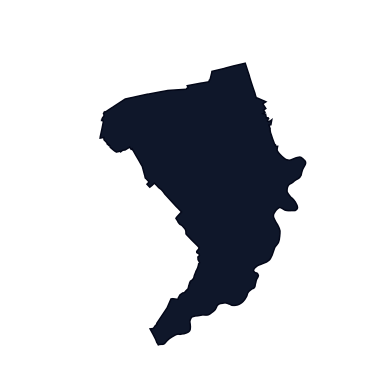 the district of Vista Hermosa, Michoacán, Mexico, rotated 141°
{"feature_id": "50627088B54691877593336", "entity_name": "Vista Hermosa", "entity_type": "district", "adm_level": 2, "iso_a3": "MEX", "parent_name": "Mexico", "parent_adm1": "Michoacán", "projection": "mercator", "projection_center": [-102.458, 20.263], "detail": "fine", "context": "isolated", "style": "filled", "palette": "ink", "viewbox_px": 384, "rotation_deg": 141, "n_neighbors": 0, "source": "geoboundaries", "source_scale": "gbopen_adm2", "svg_char_len": 5842}
<svg xmlns="http://www.w3.org/2000/svg" viewBox="0 0 384 384"><g transform="rotate(141 192 192)"><path d="M96.7,173.6L97.1,173.9L98.1,175.1L98.1,175.7L97.5,176.1L97.7,176.9L97.7,177.3L95.7,183.2L94.8,185.5L93.6,188.8L92.1,191.4L91.5,191.9L90.1,195.6L88.4,194.6L84.6,197.9L86.8,197.9L86.9,198.0L87.1,198.2L88.3,198.5L88.7,199.6L88.6,199.8L86.7,200.9L86.3,200.8L86.1,201.5L86.3,202.0L87.7,202.7L85.8,206.2L86.1,206.4L87.6,208.3L85.1,208.0L84.9,210.7L82.1,210.4L81.5,216.0L77.8,215.6L82.1,224.0L82.9,224.3L82.0,226.9L80.9,229.3L78.9,234.8L77.0,239.8L75.1,244.6L74.1,246.8L72.9,250.0L71.4,253.9L69.6,258.6L80.3,263.8L87.6,267.1L89.4,267.8L100.6,273.2L100.8,273.0L101.4,272.4L107.2,268.0L108.2,268.0L109.5,267.0L112.0,268.4L116.3,270.8L116.8,271.0L116.7,271.1L116.9,271.2L128.8,277.6L129.2,275.8L129.4,275.4L130.4,275.8L130.8,275.8L131.7,275.4L147.0,286.2L148.2,286.8L153.1,289.5L164.8,295.8L164.9,296.0L185.4,306.3L204.9,308.3L209.4,308.7L209.3,309.2L210.1,309.3L210.3,309.0L210.8,308.9L211.4,308.7L211.5,308.5L211.7,307.3L212.5,306.7L212.9,306.4L213.6,305.8L214.2,306.2L215.6,305.6L215.6,305.3L216.0,304.6L216.6,304.8L216.6,304.7L217.2,304.4L216.3,303.5L216.9,302.1L217.5,301.7L219.3,300.2L221.8,298.1L228.6,292.6L229.5,291.7L226.2,289.9L226.8,289.0L227.5,287.9L227.2,284.9L227.2,284.7L227.1,282.5L227.6,282.6L227.3,280.6L226.8,280.7L226.9,279.3L227.4,278.2L227.1,276.5L226.6,273.8L226.2,272.2L225.6,270.6L223.8,269.7L222.6,269.1L222.2,268.7L222.2,268.1L220.2,268.1L219.1,267.8L218.5,267.4L217.6,266.8L213.2,266.2L212.2,266.2L212.2,265.5L212.4,264.3L212.4,263.4L211.3,263.3L211.6,262.0L211.7,260.8L212.5,256.1L213.4,250.0L213.7,248.3L214.2,245.4L214.5,243.2L218.0,235.4L218.2,234.8L219.4,232.5L219.5,232.0L219.3,231.6L219.0,226.8L222.1,226.4L221.8,222.3L218.7,222.3L215.7,222.6L215.3,219.7L215.1,216.3L214.3,213.2L214.2,210.4L214.4,207.5L214.2,204.5L213.4,190.9L213.2,189.1L213.1,188.5L212.7,183.1L217.0,182.5L218.3,182.3L220.1,182.0L221.1,181.6L221.4,178.4L221.7,177.6L221.8,175.6L221.7,174.4L221.0,172.8L220.8,171.7L220.7,169.0L220.7,167.5L221.0,166.3L221.7,165.0L222.9,163.4L223.1,162.8L222.4,154.5L221.5,146.5L221.5,145.0L221.4,144.2L223.0,143.4L224.3,143.2L225.7,142.9L226.4,141.9L225.5,139.4L226.0,138.2L226.5,137.9L228.3,137.8L229.9,135.5L230.3,132.9L230.6,132.2L231.2,132.0L232.0,132.0L232.2,131.9L232.2,131.7L234.3,130.2L235.5,129.4L236.8,128.8L237.3,128.5L238.9,127.9L239.0,127.7L242.6,125.7L244.6,124.2L245.2,123.9L247.2,123.5L248.2,123.5L249.3,123.7L251.3,122.7L251.2,122.4L253.1,121.5L253.3,121.3L255.9,119.3L259.0,119.0L260.3,118.7L261.7,118.7L262.8,119.4L266.1,119.6L269.5,118.2L269.9,117.8L270.2,117.5L270.9,117.8L274.1,121.2L275.6,122.1L284.3,117.6L302.0,112.1L302.4,111.8L302.5,111.7L302.6,111.1L304.2,111.3L304.3,111.3L307.5,110.4L308.0,110.4L308.2,110.5L308.8,110.8L310.7,112.0L311.8,106.0L312.9,100.7L313.4,99.0L313.9,97.6L314.1,97.0L314.0,96.6L314.4,94.4L313.7,94.2L313.2,93.9L312.5,93.5L311.7,92.9L310.5,92.0L310.1,91.8L309.4,91.6L308.8,91.5L308.1,91.6L305.2,92.1L304.1,92.2L301.7,92.3L298.8,92.0L295.0,91.4L294.2,91.2L293.2,90.8L292.8,90.6L292.4,90.4L291.5,89.6L291.1,89.1L290.4,88.6L289.1,88.0L287.3,86.8L284.8,85.9L283.9,85.7L283.1,85.5L282.3,85.5L281.4,85.6L280.8,85.8L279.7,86.5L278.1,88.2L276.8,90.1L275.5,92.3L274.9,93.0L274.2,93.5L273.2,94.1L272.4,94.5L271.5,94.8L271.1,94.9L270.7,94.9L269.8,94.6L267.3,93.5L265.6,92.3L264.4,91.6L262.2,90.4L261.4,90.0L260.8,89.6L258.9,87.8L258.1,87.2L257.4,86.7L256.8,86.4L256.1,86.2L255.1,86.0L254.1,85.9L252.6,85.9L251.3,85.8L249.8,85.8L248.0,86.0L246.1,86.8L243.9,87.9L242.4,88.0L241.6,87.9L240.8,87.7L240.1,87.4L239.4,87.0L238.8,86.6L236.6,85.4L235.8,84.8L235.4,84.3L234.5,83.1L234.1,82.3L233.7,81.6L233.2,81.0L232.8,80.1L232.7,79.5L232.2,78.8L231.4,78.0L230.7,77.4L229.7,76.7L227.7,75.6L226.1,75.1L224.3,74.8L222.7,74.7L221.1,74.8L218.6,75.3L216.4,76.1L215.3,76.5L214.4,77.0L212.7,78.2L211.5,78.7L210.0,79.0L207.4,79.0L206.1,78.9L205.5,78.7L205.1,78.5L204.4,78.4L203.7,78.5L203.1,78.7L202.5,79.0L200.9,80.4L200.3,80.9L199.8,81.2L197.8,82.8L196.6,83.5L195.7,83.9L194.9,84.1L193.5,84.9L193.0,85.3L192.7,86.1L192.5,87.0L192.5,87.8L192.9,88.6L193.5,89.3L193.8,90.1L193.9,91.3L193.8,92.0L193.4,92.5L192.9,92.7L192.5,93.1L191.4,93.4L190.1,93.5L187.6,93.5L186.6,93.3L185.5,93.0L184.2,92.5L183.1,92.2L180.5,91.4L178.2,90.7L177.2,90.6L175.0,90.5L174.1,90.6L173.0,90.9L169.5,92.5L163.1,96.5L162.3,96.9L161.7,97.1L159.3,97.6L157.1,98.2L156.1,98.7L155.4,99.2L154.1,100.1L153.2,101.0L151.8,102.3L149.6,104.6L148.1,106.4L147.7,107.4L147.2,108.5L146.8,109.8L146.1,112.8L145.8,115.6L145.5,117.0L145.2,118.4L144.7,120.4L144.3,121.4L143.5,122.5L142.6,123.3L141.7,123.8L140.2,124.3L139.4,124.6L138.3,124.9L136.7,125.1L135.4,125.1L134.4,125.1L133.8,124.9L133.2,124.3L132.8,123.8L132.5,123.1L132.0,121.8L131.7,120.9L131.3,119.8L131.0,119.2L130.5,118.6L129.9,117.9L129.1,117.1L127.4,115.7L126.2,114.8L124.1,113.1L123.5,112.7L123.1,112.6L122.0,112.6L121.5,112.6L120.7,112.9L120.1,113.2L119.6,113.8L119.2,114.6L118.8,115.5L118.0,119.3L118.0,120.2L117.9,122.0L118.0,123.2L118.1,124.2L118.4,125.2L118.5,126.2L118.4,129.5L118.3,130.6L118.1,131.6L117.9,132.4L117.3,133.2L116.6,134.0L115.8,134.8L114.9,135.5L114.0,136.0L113.2,136.4L112.4,136.6L111.6,136.7L110.9,136.6L109.5,136.3L107.9,136.1L107.1,136.1L105.3,136.2L104.3,136.1L103.3,136.0L102.5,135.9L101.9,135.7L101.2,135.6L99.5,135.5L98.9,135.6L98.0,136.0L97.1,136.2L96.5,136.5L95.9,137.0L94.4,138.2L93.2,139.0L92.0,139.8L91.0,140.3L86.8,142.0L85.9,142.6L85.3,143.2L84.7,144.3L84.6,145.3L84.6,145.8L84.8,146.3L84.8,146.9L84.9,147.9L85.4,150.1L85.8,150.7L86.2,151.3L88.0,152.3L89.0,152.8L89.9,153.2L94.9,154.7L95.8,155.1L96.4,155.4L96.9,156.0L98.0,157.4L98.6,158.3L98.9,159.3L99.3,161.0L99.7,163.2L100.0,166.5L100.0,168.5L99.8,170.0L99.7,170.5L99.4,171.1L98.7,171.9L97.6,172.9L96.7,173.6Z" fill="#0f172a" stroke="#020617" stroke-width="1.5"/></g></svg>